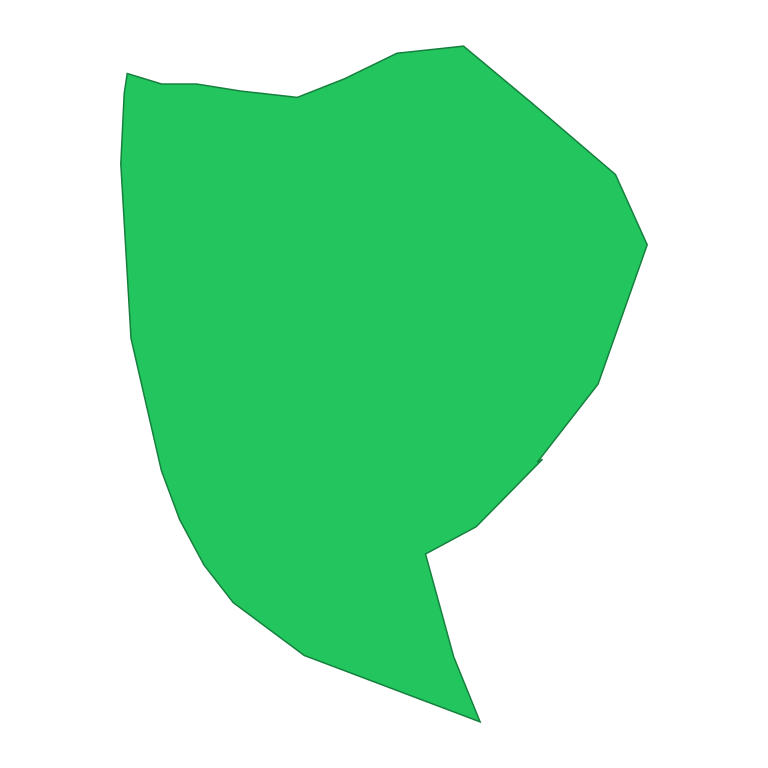 outline of Paramaribo
{"feature_id": "SUR-72", "entity_name": "Paramaribo", "entity_type": "District", "adm_level": 1, "iso_a3": "SUR", "parent_name": "Suriname", "parent_adm1": "", "projection": "natural_earth1", "projection_center": [-55.178, 5.837], "detail": "fine", "context": "isolated", "style": "filled", "palette": "green", "viewbox_px": 768, "rotation_deg": 0, "n_neighbors": 0, "source": "natural_earth", "source_scale": "10m", "svg_char_len": 446}
<svg xmlns="http://www.w3.org/2000/svg" viewBox="0 0 768 768"><path d="M127.2,73.5L161.5,84.0L196.5,84.0L239.4,90.9L297.2,97.4L344.2,78.9L397.0,53.2L463.5,46.1L533.8,104.7L615.5,174.6L647.2,244.8L598.0,384.2L537.3,462.2L542.5,459.2L476.2,526.7L425.5,554.0L453.7,656.8L480.1,721.9L304.3,655.5L233.2,602.6L204.0,565.0L179.6,519.5L161.4,470.6L131.0,338.3L120.8,163.9L124.2,93.6L127.2,73.5Z" fill="#22c55e" stroke="#15803d" stroke-width="1.5"/></svg>